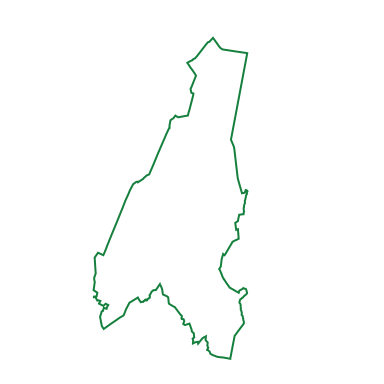 Balvu pag., Balvu, Latvia (Robinson projection), rotated 103°
{"feature_id": "27541924B22679886686853", "entity_name": "Balvu pag.", "entity_type": "district", "adm_level": 2, "iso_a3": "LVA", "parent_name": "Latvia", "parent_adm1": "Balvu", "projection": "robinson", "projection_center": [27.263, 57.093], "detail": "fine", "context": "isolated", "style": "outline", "palette": "green", "viewbox_px": 384, "rotation_deg": 103, "n_neighbors": 0, "source": "geoboundaries", "source_scale": "gbopen_adm2", "svg_char_len": 5884}
<svg xmlns="http://www.w3.org/2000/svg" viewBox="0 0 384 384"><g transform="rotate(103 192 192)"><path d="M274.1,120.4L274.6,120.5L277.5,123.7L279.7,123.8L278.7,127.2L276.9,133.0L276.8,133.6L274.7,136.0L273.7,137.1L273.0,137.9L269.4,141.6L269.5,141.7L268.8,142.2L268.1,142.9L267.8,143.1L266.6,143.9L262.0,147.1L261.3,148.0L261.2,148.1L260.9,148.2L260.0,147.8L257.9,147.2L253.3,147.7L250.9,148.0L245.9,147.7L245.4,147.7L245.9,146.8L246.2,146.2L246.3,146.1L246.2,146.0L244.6,145.4L242.3,144.7L232.2,141.5L231.9,141.4L231.7,141.4L231.4,141.3L229.9,139.6L228.7,138.0L228.5,137.7L227.9,137.0L227.7,136.8L227.5,136.5L227.1,136.0L224.8,136.7L217.9,138.9L218.5,139.9L218.9,140.4L213.0,142.7L212.3,142.9L211.2,141.8L210.1,140.8L209.9,140.7L209.5,140.8L208.9,140.8L203.6,140.9L203.5,140.6L203.4,140.6L203.3,140.3L202.9,139.2L202.0,136.7L201.9,136.7L201.8,136.8L201.6,136.8L201.3,136.9L201.2,137.0L200.8,137.0L200.1,137.0L199.8,136.9L199.5,136.8L198.9,137.1L198.6,137.2L197.3,137.7L196.1,138.1L195.5,137.9L195.2,137.9L193.6,138.2L192.6,138.2L191.9,138.1L191.1,137.9L190.5,138.0L190.2,138.1L189.5,138.4L189.2,138.4L188.9,138.5L187.1,138.4L186.3,138.4L185.1,138.4L183.6,138.5L182.5,138.4L181.9,138.1L181.5,138.1L180.8,138.2L180.1,138.4L179.6,138.3L179.3,138.2L178.8,138.1L178.6,138.4L178.3,138.6L178.2,138.7L178.1,139.0L178.0,140.1L180.9,140.5L182.0,143.0L175.3,146.7L168.8,150.3L168.3,150.5L166.7,151.1L156.4,154.8L139.8,160.7L139.3,161.0L138.4,161.4L132.3,165.8L44.3,169.4L44.4,171.2L45.2,180.8L46.0,191.6L46.2,194.4L45.3,196.7L43.3,199.2L40.5,202.3L37.1,206.2L41.8,208.9L42.4,210.1L45.1,211.5L50.3,213.9L52.1,214.7L58.3,217.6L59.8,218.4L60.1,218.6L60.9,218.9L61.4,219.6L61.5,219.7L62.7,221.0L63.2,221.0L65.3,223.6L66.3,224.8L67.2,225.6L69.6,223.0L69.9,222.6L70.5,222.2L73.0,219.2L76.5,215.4L77.7,214.3L81.1,214.8L88.4,215.9L89.1,216.0L91.8,216.6L92.1,216.5L94.7,215.3L95.5,214.9L95.7,212.8L95.9,212.7L96.7,212.7L97.3,212.6L101.9,212.7L108.9,212.9L113.5,213.0L114.8,213.2L118.4,213.2L122.3,222.3L122.3,222.6L121.3,225.4L123.7,226.4L124.2,226.7L124.5,226.9L126.6,228.9L126.8,229.0L127.0,229.1L127.5,229.1L131.7,228.9L132.7,228.8L133.6,228.6L133.9,228.5L134.2,228.4L134.2,228.5L142.6,230.3L143.4,230.4L143.5,230.4L150.5,231.7L162.0,233.8L174.7,235.9L184.5,237.7L184.9,238.2L185.5,239.2L185.9,239.6L186.1,239.8L186.4,240.1L186.6,240.3L187.1,240.6L187.6,240.9L189.0,242.0L190.4,242.7L194.7,246.9L194.2,247.3L194.3,247.5L194.7,248.6L195.4,249.2L197.6,251.1L204.5,252.9L208.7,253.6L215.6,255.0L223.4,256.1L227.6,256.8L237.8,258.4L251.6,260.7L263.5,262.6L266.9,263.0L272.2,263.9L273.5,264.2L272.3,269.9L277.3,271.9L277.8,272.1L293.1,267.5L297.6,268.0L299.0,267.7L301.6,266.5L308.5,265.9L309.8,265.8L311.4,261.6L315.2,261.5L316.0,264.0L316.5,263.9L315.8,262.8L319.1,259.8L318.6,259.2L318.8,256.8L321.7,257.5L322.9,252.7L320.3,251.0L321.0,248.2L322.9,248.8L323.9,249.0L325.0,249.0L324.7,251.8L328.1,252.1L328.6,253.1L334.3,253.5L337.5,252.1L342.9,249.7L345.3,247.2L338.9,241.6L334.9,237.9L330.8,234.2L327.5,230.8L321.1,229.9L313.9,228.0L310.4,224.4L307.0,221.0L308.6,219.6L309.7,218.5L309.9,218.3L310.2,217.8L310.5,217.5L310.9,217.2L310.1,215.7L310.1,215.0L310.1,214.9L309.6,214.6L309.3,214.5L308.9,214.4L308.8,214.2L308.7,214.0L308.7,213.8L308.6,213.6L308.4,213.5L308.2,213.5L307.7,213.5L307.5,213.4L307.3,213.2L307.2,213.0L307.3,212.8L307.4,212.5L307.6,212.3L307.8,212.0L307.9,211.8L307.8,211.6L307.6,211.4L307.4,211.4L306.5,211.4L306.2,210.9L305.6,210.6L305.6,210.4L305.5,210.2L305.3,210.1L305.1,210.0L304.9,209.9L304.8,209.6L304.6,209.4L303.9,209.5L303.4,209.5L303.0,209.6L302.9,209.7L302.5,210.0L302.1,210.1L302.0,209.9L300.8,209.6L299.8,209.3L298.2,208.9L297.8,208.5L296.5,207.7L296.3,207.3L296.4,207.2L295.9,206.1L295.9,205.8L295.7,205.6L295.6,205.3L295.6,205.1L294.7,204.8L294.5,204.7L289.1,202.6L289.3,202.5L289.7,202.0L290.2,201.5L292.1,200.1L293.3,199.3L294.3,198.9L298.1,197.4L298.3,197.3L298.4,197.2L299.1,193.5L299.2,193.2L299.3,192.9L299.6,192.2L299.9,191.6L300.0,191.5L304.1,190.1L305.0,189.8L305.3,189.7L305.8,189.5L305.9,189.4L306.0,189.3L306.1,189.2L307.7,184.3L307.8,183.8L307.9,183.5L308.1,182.7L308.9,181.9L309.5,181.1L313.8,176.0L314.3,175.3L314.7,174.4L314.9,174.2L315.2,174.0L315.3,173.9L315.5,173.9L317.6,173.8L317.7,173.7L317.9,173.6L318.0,173.5L318.1,173.4L318.1,173.2L317.7,172.4L317.8,171.7L318.0,171.4L318.3,171.2L319.3,170.7L319.5,170.6L319.8,170.5L320.0,170.5L320.5,170.6L322.5,170.9L323.2,169.2L323.2,168.9L320.8,164.9L326.2,161.4L327.9,160.8L329.3,158.4L330.5,158.1L332.3,157.5L333.3,157.1L333.9,157.7L334.7,158.4L336.6,157.4L337.7,157.3L339.3,157.0L338.0,155.4L337.5,154.6L336.7,152.6L338.2,152.0L338.4,151.9L333.1,149.4L332.8,149.2L332.2,148.9L331.8,148.6L330.7,147.4L329.5,146.0L333.0,145.5L333.3,145.4L335.2,142.8L338.2,142.5L340.2,141.1L340.8,141.4L342.5,141.7L342.7,140.3L343.3,139.4L343.8,138.7L345.5,137.7L346.1,135.7L346.3,134.6L346.9,130.2L346.5,125.8L346.3,125.3L346.2,123.7L345.9,117.2L345.5,117.3L343.7,117.3L338.8,117.5L335.9,117.6L328.2,117.9L326.9,117.9L322.5,118.1L322.4,118.0L316.4,115.4L316.2,115.3L310.3,112.7L308.4,111.9L307.9,112.1L307.7,112.1L307.0,112.2L306.9,112.2L306.7,112.3L306.0,112.7L305.2,113.2L304.7,113.4L304.2,113.5L303.9,113.6L303.6,113.9L303.5,114.0L302.8,114.2L301.7,114.6L301.4,114.8L300.6,116.0L299.6,116.1L298.9,116.2L298.1,116.5L297.1,117.0L296.2,117.6L295.8,118.0L295.2,118.2L294.4,118.2L293.7,118.4L292.9,118.8L292.1,119.0L291.3,119.1L290.7,119.4L290.1,119.8L289.6,120.4L289.2,120.9L288.2,121.0L286.9,121.0L286.1,120.9L285.6,120.6L285.1,120.2L284.6,119.7L284.2,119.6L283.7,119.1L283.4,118.7L283.1,118.5L282.4,118.3L281.5,117.7L280.6,117.0L279.6,116.2L279.2,116.0L278.6,115.7L278.3,115.6L278.0,115.6L277.7,115.7L277.4,115.8L276.9,116.2L276.5,116.4L276.1,116.6L275.3,117.0L274.7,117.4L274.4,117.7L274.3,118.0L274.3,118.6L274.4,119.1L274.3,119.7L274.2,120.1L274.1,120.4Z" fill="none" stroke="#15803d" stroke-width="2"/></g></svg>